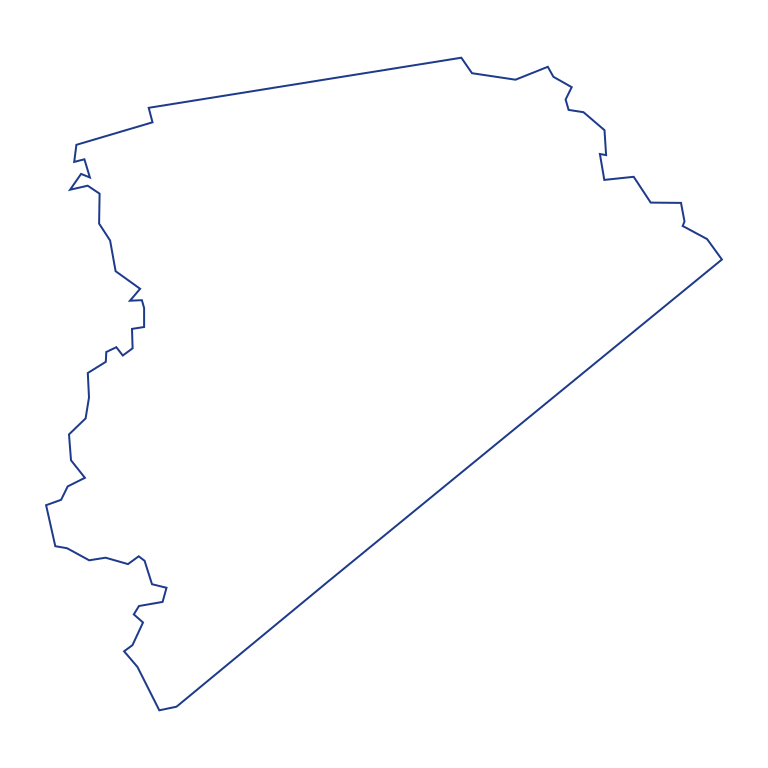 Houston, Texas, United States of America (Robinson projection)
{"feature_id": "52423323B46548202222593", "entity_name": "Houston", "entity_type": "district", "adm_level": 2, "iso_a3": "USA", "parent_name": "United States of America", "parent_adm1": "Texas", "projection": "robinson", "projection_center": [-95.52, 31.26], "detail": "fine", "context": "isolated", "style": "outline", "palette": "blue", "viewbox_px": 768, "rotation_deg": 0, "n_neighbors": 0, "source": "geoboundaries", "source_scale": "gbopen_adm2", "svg_char_len": 975}
<svg xmlns="http://www.w3.org/2000/svg" viewBox="0 0 768 768"><path d="M721.9,259.5L707.1,239.1L682.7,226.0L684.5,221.5L681.0,202.9L650.7,202.6L633.7,176.8L604.3,179.9L599.9,154.0L606.1,155.1L604.5,130.2L583.5,112.2L568.6,109.9L565.6,99.5L571.7,87.2L553.4,76.8L547.8,66.8L515.5,79.7L472.0,73.2L461.3,57.7L148.7,107.8L152.5,122.3L76.4,144.8L74.2,161.9L84.4,159.3L89.9,177.5L81.1,173.9L70.1,189.7L87.7,185.7L99.6,193.7L99.1,223.6L110.1,240.5L115.6,271.2L140.1,288.8L130.0,300.7L141.9,300.2L144.1,308.0L144.1,327.0L132.0,328.9L132.6,348.3L122.8,355.5L116.3,347.2L106.3,352.0L105.8,361.8L87.8,373.0L89.0,397.4L85.6,418.4L69.0,434.4L71.0,460.3L84.9,477.8L67.7,486.4L61.1,499.8L46.1,505.2L55.3,546.2L67.0,548.2L89.2,560.3L105.6,557.7L128.0,564.1L138.7,556.3L144.6,560.8L152.0,584.2L166.5,587.8L162.6,601.9L139.0,606.0L133.8,614.4L143.0,622.5L132.5,645.1L124.1,651.3L137.5,667.0L159.3,710.3L176.5,706.7L328.0,581.6L721.9,259.5Z" fill="none" stroke="#1e3a8a" stroke-width="2"/></svg>